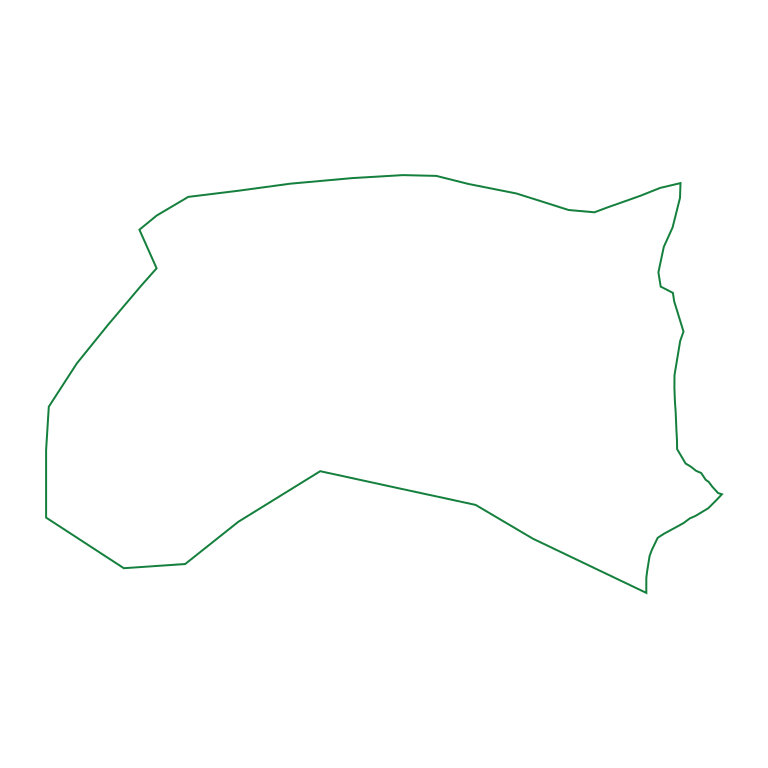 Bonneterre Gardens, Gros Islet, Saint Lucia (Mercator projection)
{"feature_id": "8701671B61716592772376", "entity_name": "Bonneterre Gardens", "entity_type": "district", "adm_level": 2, "iso_a3": "LCA", "parent_name": "Saint Lucia", "parent_adm1": "Gros Islet", "projection": "mercator", "projection_center": [-60.933, 14.067], "detail": "fine", "context": "isolated", "style": "outline", "palette": "green", "viewbox_px": 768, "rotation_deg": 0, "n_neighbors": 0, "source": "geoboundaries", "source_scale": "gbopen_adm2", "svg_char_len": 975}
<svg xmlns="http://www.w3.org/2000/svg" viewBox="0 0 768 768"><path d="M646.3,592.9L646.3,580.0L646.4,577.1L647.2,570.9L649.6,556.0L651.8,550.0L657.7,537.8L663.7,533.9L670.5,530.2L683.5,523.1L689.8,518.4L695.5,515.9L703.0,511.4L708.3,508.2L716.1,500.4L721.9,494.3L718.0,493.0L712.2,486.6L708.8,482.0L705.6,479.7L701.2,473.0L696.2,470.9L690.6,466.5L685.6,463.5L677.1,449.1L677.0,440.3L676.4,429.8L675.7,412.7L674.9,400.9L674.4,387.6L674.5,375.1L680.2,340.9L683.5,331.6L674.2,301.4L672.9,292.9L660.7,286.6L658.4,272.3L663.8,246.9L672.6,227.4L680.0,197.9L680.5,183.1L660.2,187.9L640.6,195.7L607.5,207.4L594.4,212.3L568.6,210.0L516.5,193.5L468.6,184.0L436.3,175.9L403.0,175.1L352.2,178.1L290.1,183.7L238.7,190.7L188.2,196.9L156.6,215.6L139.4,229.7L156.6,268.3L140.9,286.0L108.2,324.6L76.9,363.3L48.8,406.7L46.1,450.1L46.1,517.6L123.8,568.2L185.2,564.0L238.3,521.8L320.2,471.2L397.9,488.1L475.6,504.9L532.9,538.7L646.3,592.9Z" fill="none" stroke="#15803d" stroke-width="2"/></svg>